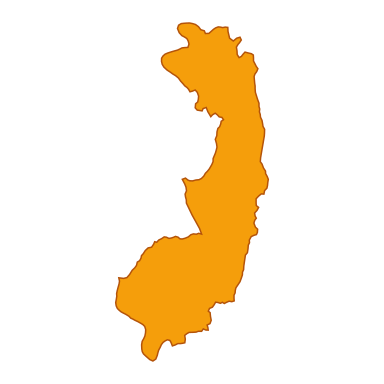 the district of Cerro Negro, Santa Catarina, Brazil
{"feature_id": "56859067B18650701449826", "entity_name": "Cerro Negro", "entity_type": "district", "adm_level": 2, "iso_a3": "BRA", "parent_name": "Brazil", "parent_adm1": "Santa Catarina", "projection": "natural_earth1", "projection_center": [-50.937, -27.767], "detail": "fine", "context": "isolated", "style": "filled", "palette": "amber", "viewbox_px": 384, "rotation_deg": 0, "n_neighbors": 0, "source": "geoboundaries", "source_scale": "gbopen_adm2", "svg_char_len": 3999}
<svg xmlns="http://www.w3.org/2000/svg" viewBox="0 0 384 384"><path d="M187.0,87.5L188.5,89.2L190.0,91.8L192.5,91.1L195.2,90.0L197.3,92.4L198.6,96.1L198.3,99.4L197.7,102.0L195.6,103.8L195.2,107.8L197.2,110.1L199.6,110.5L202.1,110.9L203.1,108.6L206.2,107.5L207.9,111.8L209.6,114.6L210.8,116.7L212.5,114.8L215.2,113.2L217.4,114.9L219.2,116.9L221.9,117.4L223.5,119.7L221.2,121.3L220.7,124.0L219.6,126.8L217.9,128.4L217.0,131.8L216.8,135.7L215.3,139.3L216.5,143.6L217.0,147.1L216.3,150.0L215.4,153.1L214.1,156.2L213.1,158.6L213.1,161.5L211.9,164.4L210.6,166.7L209.1,169.2L207.3,171.4L205.4,173.3L203.8,176.1L201.4,178.5L199.0,179.7L195.9,180.0L192.6,180.9L189.8,180.8L187.8,180.0L185.5,178.1L182.3,179.3L183.6,181.8L184.8,184.1L186.0,187.2L186.5,190.8L185.1,194.1L185.5,196.9L186.3,199.8L186.4,203.1L192.1,215.0L199.5,228.4L201.6,234.1L198.7,233.3L196.4,234.2L193.4,233.9L190.9,234.7L188.3,236.9L185.2,238.2L182.2,239.0L179.9,238.8L178.1,237.2L175.5,236.4L173.5,237.3L171.4,238.0L168.9,238.4L166.4,237.2L164.2,236.9L161.7,238.6L158.8,240.0L156.7,242.3L154.7,241.7L153.7,244.1L151.6,247.2L148.1,247.9L145.3,250.5L143.2,253.8L141.5,255.6L141.0,258.2L139.6,260.7L137.3,262.1L136.5,265.4L134.8,267.8L132.2,270.3L129.6,274.5L126.9,277.6L123.6,278.4L118.8,277.8L119.5,281.1L119.1,283.8L118.0,287.7L117.2,290.8L116.6,293.7L116.8,296.2L116.3,299.3L115.7,302.6L116.2,305.9L117.4,308.5L119.1,310.2L121.0,311.8L122.8,312.8L125.6,314.2L128.9,316.2L130.8,318.2L132.7,319.0L134.8,320.2L138.0,321.7L140.8,323.3L142.8,324.5L144.7,326.4L145.7,329.6L145.5,332.9L144.9,336.0L143.7,338.7L142.2,341.3L141.6,344.8L141.8,349.1L142.3,351.7L143.5,353.9L145.5,355.8L147.3,357.4L149.8,359.6L152.9,361.0L155.8,359.1L157.3,355.3L157.9,352.7L158.7,350.1L160.2,347.3L161.4,344.6L163.1,342.4L165.3,340.8L167.4,339.8L169.8,340.4L171.0,342.4L172.4,345.9L175.3,344.9L177.8,343.6L180.4,343.6L182.5,343.3L184.8,342.8L185.3,339.2L184.7,335.4L186.8,333.7L189.1,332.4L193.0,332.3L196.1,332.1L198.3,331.3L201.6,331.3L203.3,328.9L205.7,330.0L208.2,330.1L207.9,327.6L207.1,325.0L210.0,323.6L211.2,320.3L210.5,316.5L210.1,312.6L208.3,311.2L209.5,308.4L212.4,307.2L214.2,304.7L215.6,302.2L217.9,302.5L220.4,303.3L222.4,302.3L224.3,303.5L226.4,302.4L229.1,301.2L231.8,301.7L234.2,300.9L234.0,298.3L234.0,295.2L235.1,292.9L235.3,290.4L235.9,287.8L237.8,285.0L240.0,281.7L241.4,277.9L242.4,274.9L242.5,272.1L243.6,269.7L243.8,266.0L244.4,261.9L244.8,259.2L245.4,255.1L247.4,252.7L248.0,248.8L248.3,245.1L249.5,242.7L249.3,240.1L251.2,236.6L254.0,235.3L256.4,234.6L257.4,232.4L257.6,229.2L255.4,227.1L253.9,223.1L254.8,220.2L256.3,218.2L255.1,216.0L254.6,213.0L257.0,210.4L258.6,207.4L256.3,205.6L256.1,203.1L256.1,198.8L258.5,196.2L261.3,193.9L263.9,194.1L264.6,190.6L266.9,188.2L267.5,185.5L267.8,182.4L268.3,179.3L267.2,176.5L265.6,173.6L265.5,171.1L263.5,168.0L262.0,164.0L260.3,161.7L260.6,157.7L262.2,148.3L264.3,136.0L264.5,133.1L264.6,129.3L263.0,126.4L262.6,123.7L262.0,120.4L260.5,117.2L260.2,114.3L259.4,111.9L259.7,109.0L259.0,106.5L259.0,103.2L257.6,99.5L256.6,96.3L255.4,92.4L255.1,88.7L255.1,86.0L254.7,83.4L254.4,80.0L254.1,76.5L254.9,74.1L256.7,71.6L257.9,68.7L256.3,66.5L255.1,64.1L253.5,61.0L253.5,57.8L253.3,55.0L251.4,53.7L248.4,53.0L245.0,52.1L242.9,54.4L241.4,56.4L239.1,57.6L237.2,54.5L237.0,50.9L236.4,47.1L238.0,44.4L239.5,42.7L241.3,40.0L240.0,37.2L236.7,38.2L233.3,41.0L229.6,38.2L228.7,34.4L228.0,31.4L227.8,27.4L225.2,27.1L222.7,27.6L220.4,27.1L218.2,26.9L215.6,27.9L213.5,29.3L211.5,31.1L208.9,33.4L205.4,33.5L204.3,30.8L200.8,29.7L198.5,26.7L195.5,24.5L192.6,23.6L189.6,23.0L186.6,23.1L183.9,23.3L181.2,23.6L178.6,25.2L177.5,28.5L179.2,32.7L181.8,35.6L184.3,36.9L186.8,38.5L188.1,40.8L189.0,44.0L187.9,47.4L184.5,47.6L182.0,47.9L179.7,49.1L177.5,50.1L175.3,50.7L172.8,51.4L170.2,52.2L167.5,53.1L165.0,54.2L163.0,56.0L161.6,58.2L161.5,61.3L162.2,64.3L163.9,67.1L167.0,70.0L170.5,72.3L172.8,74.0L175.5,75.6L178.4,78.0L180.7,81.2L182.9,83.6L184.8,85.9L187.0,87.5Z" fill="#f59e0b" stroke="#b45309" stroke-width="1.5"/></svg>